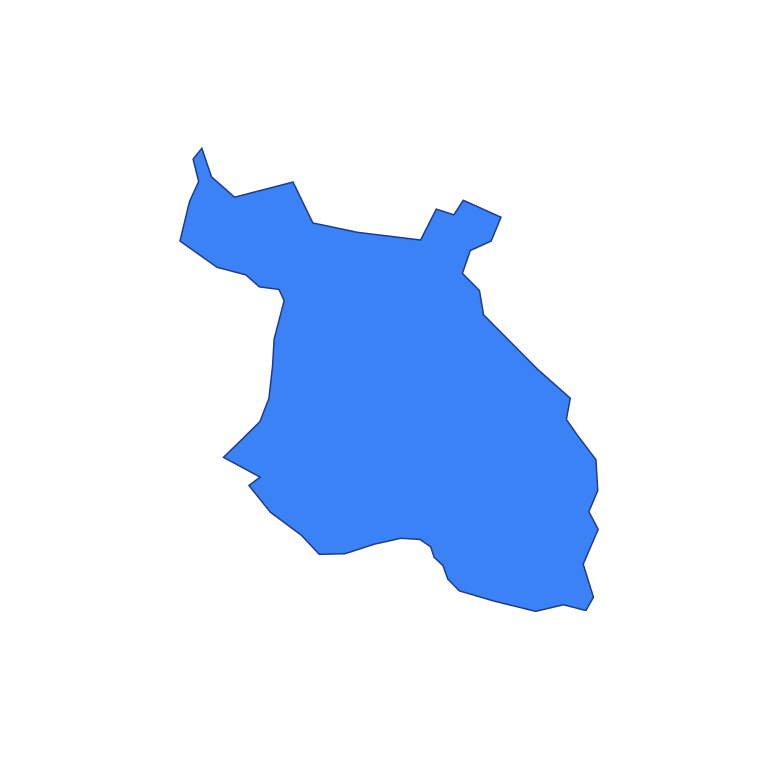 Kasbi, Kashkadarya, Uzbekistan (Natural Earth projection), rotated 155°
{"feature_id": "79887680B94594709209403", "entity_name": "Kasbi", "entity_type": "district", "adm_level": 2, "iso_a3": "UZB", "parent_name": "Uzbekistan", "parent_adm1": "Kashkadarya", "projection": "natural_earth1", "projection_center": [65.462, 38.853], "detail": "fine", "context": "isolated", "style": "filled", "palette": "blue", "viewbox_px": 768, "rotation_deg": 155, "n_neighbors": 0, "source": "geoboundaries", "source_scale": "gbopen_adm2", "svg_char_len": 890}
<svg xmlns="http://www.w3.org/2000/svg" viewBox="0 0 768 768"><g transform="rotate(155 384 384)"><path d="M376.3,141.0L342.7,113.9L314.7,108.1L296.8,93.4L284.3,102.2L279.6,136.5L251.3,161.8L252.3,181.7L235.3,197.1L223.9,225.8L230.4,255.9L233.7,274.8L221.2,292.4L238.8,333.0L264.5,404.6L258.0,428.3L266.2,451.1L249.4,468.5L226.4,468.3L207.5,485.7L234.5,517.0L249.2,507.8L262.7,520.4L290.0,499.0L344.0,532.7L380.4,560.0L381.1,605.5L440.5,616.5L452.8,644.6L449.5,674.6L462.0,668.5L466.4,645.8L483.2,631.5L508.5,599.8L485.9,560.2L463.1,541.3L455.9,524.7L439.2,514.1L439.3,501.7L464.7,471.0L477.4,447.4L494.3,419.7L512.3,402.4L537.4,393.4L560.5,385.4L535.7,352.0L549.3,349.1L541.2,315.9L522.7,281.6L514.7,257.0L491.2,246.7L460.9,243.0L434.0,237.1L417.2,228.0L410.5,216.8L411.8,205.7L407.3,194.6L408.6,180.2L403.1,164.6L376.3,141.0Z" fill="#3b82f6" stroke="#1e3a8a" stroke-width="1.5"/></g></svg>